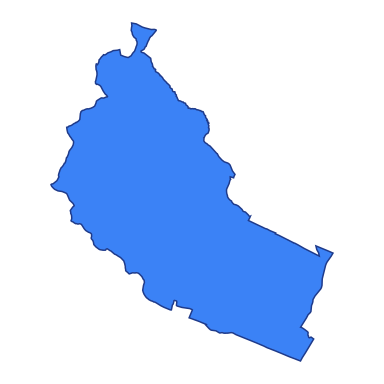 the district of Valea Crisului, Covasna, Romania
{"feature_id": "2599482B16839946437883", "entity_name": "Valea Crisului", "entity_type": "district", "adm_level": 2, "iso_a3": "ROU", "parent_name": "Romania", "parent_adm1": "Covasna", "projection": "albers", "projection_center": [25.761, 45.953], "detail": "fine", "context": "isolated", "style": "filled", "palette": "blue", "viewbox_px": 384, "rotation_deg": 0, "n_neighbors": 0, "source": "geoboundaries", "source_scale": "gbopen_adm2", "svg_char_len": 5846}
<svg xmlns="http://www.w3.org/2000/svg" viewBox="0 0 384 384"><path d="M302.4,357.5L305.6,352.5L313.7,339.0L311.1,337.1L310.6,337.2L309.6,337.8L308.8,337.5L308.5,336.8L308.4,335.8L308.1,335.5L307.9,334.9L308.1,332.5L307.8,332.0L306.9,331.2L304.4,329.3L301.5,327.4L300.6,327.2L306.4,318.0L308.1,314.7L310.1,312.8L310.9,311.6L311.0,310.9L311.5,305.6L312.6,302.8L312.9,301.3L313.0,299.6L315.0,296.0L320.7,289.0L321.4,287.7L322.0,285.4L322.2,279.6L322.4,278.2L325.6,265.3L326.4,263.3L327.2,261.8L331.1,256.3L333.0,253.1L329.0,251.3L315.9,245.9L316.7,249.3L317.2,250.4L318.6,252.8L319.3,256.1L304.3,248.5L297.7,244.7L294.6,243.1L293.4,242.9L293.3,242.6L292.6,242.3L279.0,235.4L275.3,233.8L275.7,233.0L270.1,230.7L267.0,229.0L265.4,228.6L248.4,220.5L249.7,217.9L250.4,216.2L250.0,216.4L249.2,216.1L248.2,214.8L245.5,212.1L243.2,211.4L242.0,209.4L238.4,206.0L236.5,205.0L233.7,204.2L232.0,202.3L231.5,201.0L230.3,200.3L228.7,198.7L227.8,197.3L227.5,196.5L227.4,195.4L227.0,194.4L226.7,193.1L226.5,190.9L226.6,189.2L229.1,183.6L229.9,180.4L230.7,179.2L230.2,178.7L230.2,176.8L233.6,177.8L234.0,176.4L235.0,174.4L232.5,171.0L230.1,165.1L229.2,164.0L227.9,163.1L224.2,161.8L221.9,160.0L218.7,156.5L217.3,153.7L216.9,153.6L210.1,146.1L208.1,144.9L206.9,143.7L205.4,142.9L204.8,142.3L203.8,140.8L204.0,138.3L203.8,137.8L204.2,137.5L204.8,136.3L205.0,135.7L206.2,134.2L208.1,133.1L209.0,130.5L209.1,129.9L209.0,128.2L208.6,128.0L208.5,127.6L208.9,125.7L208.4,124.7L208.2,123.7L208.9,123.3L208.9,123.1L208.7,122.9L208.1,123.0L208.0,122.7L208.3,122.2L207.5,121.9L207.4,121.2L207.6,120.8L206.8,120.5L206.7,120.3L207.2,119.5L205.6,117.4L205.5,116.5L205.6,115.9L204.4,114.8L203.3,112.1L203.1,111.7L202.5,111.5L202.1,111.6L201.4,111.5L200.8,110.6L199.7,110.6L198.9,110.1L196.4,109.6L195.5,108.9L194.8,108.7L193.8,108.9L193.0,108.6L190.8,108.8L190.2,108.6L189.8,108.1L188.3,108.2L188.1,108.0L188.1,106.8L187.2,105.7L186.0,104.9L185.5,103.3L184.8,103.0L183.9,102.9L183.2,102.0L182.4,102.0L180.4,101.0L178.5,100.6L178.3,100.4L178.1,100.1L178.1,99.7L177.4,98.4L177.0,97.1L176.2,96.3L176.4,95.5L176.4,95.0L175.3,93.9L175.1,92.8L174.8,91.8L173.3,91.7L172.9,91.5L172.5,90.8L172.3,89.7L171.9,88.7L170.7,88.2L169.9,87.3L169.8,86.9L170.1,86.3L169.8,85.7L168.1,84.0L166.9,83.1L166.6,82.4L165.4,81.4L164.4,80.2L163.6,79.6L162.5,77.6L160.9,75.9L160.0,75.6L160.1,75.2L159.9,74.8L158.2,73.0L155.6,71.6L155.3,70.7L155.7,69.9L155.6,69.5L155.4,69.2L154.0,68.7L153.6,67.5L152.6,66.5L152.8,66.3L152.3,63.9L151.2,61.7L150.7,58.3L144.0,53.0L141.8,52.4L141.2,52.0L141.0,51.4L141.1,50.9L143.4,49.7L144.1,49.2L144.8,47.9L145.0,47.2L146.2,46.2L146.6,44.8L148.1,41.2L148.9,39.8L149.8,37.6L150.2,37.3L150.6,36.5L151.6,36.0L152.2,35.4L156.2,30.5L156.0,29.8L154.4,29.4L151.2,29.5L144.9,27.9L142.4,27.1L136.3,23.9L131.6,23.0L131.9,25.9L131.6,27.0L131.2,30.4L132.1,32.5L132.4,34.4L133.3,36.1L134.1,37.3L136.1,38.8L136.2,40.2L137.0,41.6L137.1,43.8L136.7,45.5L136.2,46.4L135.9,47.6L134.6,51.1L132.7,53.2L131.2,55.7L128.3,57.5L127.0,57.3L124.1,56.5L120.7,55.1L119.7,49.6L117.5,50.2L113.2,50.6L111.2,51.7L107.8,52.9L106.2,54.2L105.1,54.8L104.5,54.9L103.5,54.7L103.2,55.3L101.4,57.0L99.7,59.3L99.2,59.8L99.0,60.0L99.0,61.1L98.6,62.6L97.9,63.9L97.4,64.7L96.3,63.9L96.2,64.0L95.9,66.0L96.1,69.6L96.5,70.5L96.9,72.0L97.0,73.6L97.0,75.0L95.8,80.7L95.4,81.6L95.5,82.4L95.5,83.2L96.1,83.8L96.2,84.2L96.5,84.4L97.3,84.2L98.5,84.7L99.8,85.4L100.8,86.4L103.3,91.2L105.3,94.2L106.6,95.2L107.5,96.6L107.4,96.8L106.0,97.1L103.7,98.1L101.6,97.9L101.1,98.0L97.4,100.3L96.4,101.2L96.0,103.0L94.7,106.1L93.1,107.2L91.0,108.2L88.5,108.9L87.2,108.8L85.5,109.3L83.7,110.2L82.3,110.5L80.9,111.8L80.9,112.2L80.4,113.5L79.8,119.5L79.1,120.4L78.1,121.4L76.8,122.1L76.6,122.5L75.7,122.5L74.8,123.3L73.9,123.6L71.4,125.4L68.8,126.2L68.4,126.8L66.7,127.3L67.1,130.2L67.6,132.4L67.8,133.0L68.7,134.1L69.7,136.0L71.2,138.0L71.7,138.9L73.4,141.0L73.6,142.2L73.4,143.7L73.1,145.1L71.8,147.6L69.7,150.3L69.5,150.9L69.1,151.2L68.4,154.2L67.1,157.2L66.6,157.5L66.4,158.0L65.8,160.9L65.5,161.5L65.6,161.8L65.4,162.2L64.9,163.1L64.3,163.3L63.8,164.5L62.4,166.6L61.1,167.8L60.8,168.5L60.1,169.8L58.6,174.4L58.5,175.9L58.7,176.1L58.9,176.9L57.3,180.0L56.8,180.8L53.0,183.8L51.8,184.0L51.0,184.5L51.3,185.5L51.8,186.4L53.6,188.4L54.8,189.4L58.0,190.9L62.1,191.5L65.7,193.0L66.7,193.6L67.5,195.1L69.6,200.1L73.1,203.5L74.2,205.6L74.1,205.9L73.1,206.7L72.5,207.4L70.3,210.5L70.4,211.2L70.7,211.9L70.7,213.3L71.5,215.2L71.7,217.2L71.7,218.9L71.0,220.8L72.0,221.6L72.8,221.8L74.4,223.0L75.7,223.7L76.3,223.6L78.0,224.1L79.6,223.7L80.9,224.1L81.5,224.5L84.3,228.9L85.7,230.5L88.4,232.2L90.3,232.9L91.3,233.7L91.5,234.2L91.6,235.4L91.6,236.5L91.2,237.8L91.3,238.7L92.8,240.5L93.4,242.1L93.8,244.4L94.0,244.8L96.0,247.0L99.1,249.3L100.0,249.7L103.1,250.2L105.2,250.2L105.6,250.1L106.0,249.3L106.7,248.9L107.3,248.8L110.0,250.6L110.8,250.9L114.5,254.1L116.2,254.8L118.1,256.1L120.5,257.5L123.8,260.9L124.7,263.7L125.3,266.4L125.3,267.9L125.6,269.2L125.7,270.6L126.1,271.2L127.9,272.6L128.7,273.6L129.4,273.9L132.5,272.8L135.2,273.0L136.1,272.7L137.9,273.0L139.3,273.9L141.9,276.6L143.4,279.5L144.0,280.0L144.2,280.4L144.4,282.6L143.5,285.3L142.7,290.2L143.2,292.1L144.1,294.3L145.6,296.6L146.7,297.9L147.8,298.6L148.5,299.4L150.8,300.7L152.7,301.3L153.8,302.0L154.8,302.1L155.8,302.6L161.0,305.8L164.0,307.3L170.3,309.9L171.4,309.9L172.4,305.0L173.2,304.0L173.4,303.4L174.0,300.6L174.4,300.4L176.3,300.9L176.6,301.1L176.8,302.1L176.4,305.3L176.6,305.6L177.1,306.0L181.8,307.4L189.8,308.6L191.9,309.5L192.4,309.9L189.1,317.8L198.2,321.1L206.2,324.4L205.6,324.8L209.0,328.5L210.5,329.8L211.5,330.2L215.9,330.8L219.3,332.8L219.9,333.0L222.0,332.6L224.1,333.2L227.9,333.1L231.3,332.6L232.9,332.9L236.1,334.7L251.5,340.9L263.7,346.0L267.1,347.7L275.6,351.0L289.5,356.8L300.5,361.0L302.4,357.5Z" fill="#3b82f6" stroke="#1e3a8a" stroke-width="1.5"/></svg>